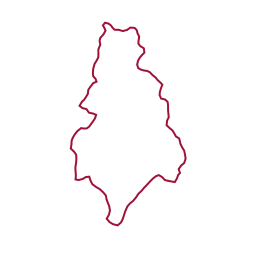 Bugre, Minas Gerais, Brazil (Natural Earth projection), rotated 205°
{"feature_id": "56859067B89432192143987", "entity_name": "Bugre", "entity_type": "district", "adm_level": 2, "iso_a3": "BRA", "parent_name": "Brazil", "parent_adm1": "Minas Gerais", "projection": "natural_earth1", "projection_center": [-42.308, -19.357], "detail": "fine", "context": "isolated", "style": "outline", "palette": "rose", "viewbox_px": 256, "rotation_deg": 205, "n_neighbors": 0, "source": "geoboundaries", "source_scale": "gbopen_adm2", "svg_char_len": 1893}
<svg xmlns="http://www.w3.org/2000/svg" viewBox="0 0 256 256"><g transform="rotate(205 128 128)"><path d="M62.7,98.8L62.3,103.1L62.7,106.4L61.9,109.2L64.7,112.2L63.9,116.6L62.3,119.9L62.8,124.5L65.2,128.2L67.5,131.2L71.1,133.6L73.8,135.8L75.4,138.0L77.3,140.2L81.0,140.6L84.5,143.2L86.9,144.7L89.5,145.3L94.2,146.8L95.7,151.3L95.6,154.9L97.1,157.5L99.1,160.9L101.2,165.3L103.1,168.4L106.4,169.5L110.4,168.7L113.2,171.1L114.3,173.9L114.9,177.7L115.2,181.8L118.3,183.0L121.6,184.0L124.2,185.4L128.1,186.3L131.8,187.8L134.8,187.8L137.7,186.9L140.7,186.4L144.0,186.6L146.5,189.3L147.3,193.0L147.1,196.3L146.4,199.4L145.0,203.2L147.3,206.9L151.5,207.4L154.3,208.9L155.5,212.1L156.5,215.6L159.3,217.8L161.6,220.5L164.4,221.5L168.3,220.0L170.2,216.6L173.6,213.7L178.1,213.0L181.6,211.4L184.3,212.3L186.6,213.7L189.8,214.4L193.3,213.7L194.1,210.4L191.4,208.5L189.5,206.7L189.8,202.5L191.2,197.9L190.6,195.0L188.4,191.9L188.0,186.4L186.3,183.0L184.8,179.6L184.9,176.1L185.4,172.1L184.6,167.2L183.0,162.8L181.4,160.2L178.1,158.8L176.1,156.6L178.5,154.0L179.5,149.6L180.1,145.8L178.8,141.9L179.2,138.3L179.7,135.1L180.8,132.5L181.3,127.6L177.5,126.8L173.7,127.6L169.9,125.4L165.3,126.4L162.4,126.4L162.0,122.6L162.6,118.9L163.2,115.8L163.8,112.8L165.2,110.2L167.6,108.9L170.4,108.1L172.7,103.5L173.6,99.2L173.9,95.7L173.7,92.6L172.3,89.2L171.2,85.2L166.8,83.7L163.7,81.9L161.9,78.5L160.5,75.1L159.0,69.9L157.1,66.4L155.1,62.8L153.8,59.2L150.7,60.0L147.6,62.6L145.5,65.7L142.5,67.5L139.9,64.6L136.5,62.0L131.7,61.0L127.9,60.7L123.3,59.2L119.6,57.5L117.2,54.2L114.9,51.9L111.9,49.1L109.5,45.6L108.6,41.3L109.0,36.8L104.9,34.9L100.9,34.5L96.2,35.4L94.4,39.5L94.3,43.1L94.7,46.5L95.3,51.4L95.4,56.8L94.3,60.5L92.5,64.3L91.4,68.5L90.8,72.7L89.1,76.9L88.3,80.2L87.0,83.9L85.7,88.1L84.0,92.8L82.3,96.1L80.2,98.3L76.6,98.0L72.5,96.4L68.4,97.3L62.7,98.8Z" fill="none" stroke="#9f1239" stroke-width="2"/></g></svg>